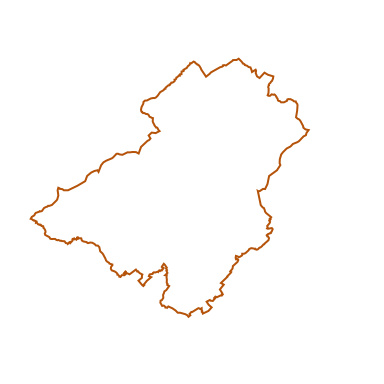 Cahir Lea-4, South Tipperary, Ireland (Equal Earth projection), rotated 138°
{"feature_id": "5873133B92286849050160", "entity_name": "Cahir Lea-4", "entity_type": "district", "adm_level": 2, "iso_a3": "IRL", "parent_name": "Ireland", "parent_adm1": "South Tipperary", "projection": "equal_earth", "projection_center": [-7.943, 52.328], "detail": "fine", "context": "isolated", "style": "outline", "palette": "amber", "viewbox_px": 384, "rotation_deg": 138, "n_neighbors": 0, "source": "geoboundaries", "source_scale": "gbopen_adm2", "svg_char_len": 6047}
<svg xmlns="http://www.w3.org/2000/svg" viewBox="0 0 384 384"><g transform="rotate(138 192 192)"><path d="M63.9,160.0L65.8,162.6L66.2,165.3L65.3,166.6L63.9,172.2L63.8,174.2L64.5,175.9L64.7,177.9L59.4,182.1L55.4,186.0L54.9,187.0L54.7,189.2L54.3,189.8L55.6,191.2L55.7,192.6L56.8,195.3L57.9,196.0L58.1,196.5L59.3,197.0L60.4,196.2L63.6,197.1L65.8,199.0L65.9,200.9L66.7,201.8L66.8,202.7L65.9,204.2L65.9,205.7L65.5,206.3L65.3,208.6L65.6,209.5L66.3,209.7L67.5,211.3L69.7,211.3L70.7,212.2L71.1,213.2L68.9,214.4L65.8,217.6L65.2,219.0L63.7,219.9L63.4,219.8L63.1,220.4L61.9,220.8L61.0,220.6L59.3,221.1L58.3,221.0L55.9,222.1L54.2,223.5L57.1,228.3L58.3,232.2L65.5,231.5L66.3,234.3L66.0,235.3L65.1,237.7L63.2,239.3L62.9,240.3L67.1,241.0L66.0,243.2L65.2,245.5L66.3,247.0L66.6,249.0L67.8,251.0L67.5,251.5L67.8,253.0L68.2,253.3L67.9,255.5L68.1,259.8L70.6,260.3L73.2,262.6L74.1,262.4L82.1,263.3L83.1,264.7L84.3,265.4L84.8,264.8L85.8,265.0L87.6,265.9L97.8,268.2L99.9,268.0L104.4,268.3L103.2,276.7L102.5,278.7L102.1,281.2L102.4,282.7L102.8,283.0L102.7,284.3L103.2,285.1L103.0,286.8L103.6,287.9L106.4,288.1L106.9,288.3L107.1,288.9L108.8,288.1L110.9,288.3L112.8,287.7L116.6,288.5L117.0,287.6L117.4,287.5L119.1,288.5L121.0,286.6L122.4,287.6L122.8,287.5L123.2,286.6L124.2,287.3L125.9,287.2L127.1,287.5L127.8,286.8L128.7,286.6L129.8,287.2L130.3,286.3L130.9,286.0L133.3,286.3L134.1,287.1L135.7,286.7L137.2,287.1L136.5,286.5L136.9,286.4L137.6,286.5L138.2,287.1L141.7,287.2L142.2,287.1L142.6,286.5L143.6,287.0L145.0,286.7L148.8,287.5L153.2,286.5L155.7,286.4L157.1,286.9L157.9,287.8L160.1,289.1L164.3,290.2L165.8,291.4L167.8,291.4L169.1,290.2L172.8,288.8L174.9,287.2L175.7,285.8L175.8,284.9L175.4,284.7L175.6,283.4L174.6,282.6L174.0,280.8L172.9,279.6L172.7,278.4L173.2,276.2L172.5,275.0L172.4,274.2L171.6,273.1L174.0,270.7L174.8,268.5L174.8,267.6L175.3,266.7L175.5,264.1L175.3,264.1L174.8,263.0L175.5,260.0L175.4,259.0L179.6,260.1L182.2,263.1L186.4,263.0L187.1,259.5L189.1,259.3L190.9,259.8L199.7,259.6L205.9,256.3L206.9,259.1L209.4,261.5L212.0,263.3L213.3,264.6L218.8,266.2L220.6,268.3L221.4,270.0L222.6,270.9L227.3,270.5L228.9,270.6L234.9,272.7L238.0,273.3L241.6,272.7L248.0,269.5L247.7,271.4L250.4,272.9L253.9,273.9L259.2,274.1L264.1,271.5L272.9,273.3L282.9,276.2L286.1,279.1L286.4,280.8L288.1,282.8L287.9,283.3L288.5,284.6L290.7,283.2L293.6,278.9L297.0,276.7L298.1,276.4L304.8,276.1L307.6,277.3L308.1,278.0L309.3,277.9L310.3,278.5L312.7,279.1L316.2,278.3L317.6,278.9L318.1,279.7L318.8,279.6L322.0,281.0L323.1,280.9L324.8,280.2L327.8,280.7L329.8,280.0L329.2,279.0L329.0,277.5L328.4,276.9L328.6,276.4L327.5,275.1L327.6,274.6L328.5,273.7L327.6,273.5L327.9,273.1L328.0,271.1L327.3,270.2L327.4,269.7L326.4,269.1L326.3,268.3L326.6,268.2L326.5,267.3L325.5,266.1L326.4,264.7L326.2,264.3L326.6,262.0L327.2,260.8L327.7,260.2L329.2,259.6L329.8,258.2L328.2,254.0L328.6,252.2L328.0,251.2L325.2,248.8L324.8,247.0L324.3,246.2L323.3,245.7L322.6,243.9L321.9,243.5L321.5,242.6L319.7,240.7L319.9,238.5L319.0,237.3L319.1,236.5L316.9,236.7L316.8,236.1L316.1,236.4L315.2,236.0L315.6,235.6L313.3,235.8L312.8,236.1L312.7,236.7L312.1,237.0L310.6,236.3L310.9,235.4L309.9,234.8L309.8,234.0L309.0,234.2L308.0,235.1L307.3,234.9L307.0,234.4L307.6,233.4L307.0,233.3L305.3,231.7L306.3,229.7L305.9,228.1L303.8,225.2L303.9,224.4L303.5,223.6L301.4,222.5L300.1,221.1L299.2,218.5L299.2,216.6L297.8,215.1L297.8,213.0L299.9,209.3L299.6,206.4L299.8,205.0L300.9,200.5L301.7,198.6L301.6,196.8L301.0,194.9L301.3,194.1L299.7,191.4L300.2,190.8L301.9,190.6L302.8,190.1L303.7,189.2L304.1,187.5L302.6,184.7L302.2,183.1L302.1,181.3L302.6,180.7L302.4,180.6L302.3,177.8L302.6,177.6L302.0,176.7L299.9,177.2L297.9,175.4L296.5,175.3L296.4,175.7L297.1,175.8L296.7,176.8L296.9,177.2L294.6,177.5L294.5,176.9L295.2,176.4L293.5,172.6L285.6,171.9L285.9,169.5L285.2,169.3L285.2,166.8L284.1,163.9L285.1,163.4L286.7,161.7L291.1,161.9L291.3,156.2L291.1,154.7L289.6,154.8L289.5,155.5L284.9,156.2L279.3,156.0L280.4,158.3L278.6,159.1L276.1,157.5L275.1,158.0L274.7,157.7L274.0,157.8L273.1,156.7L270.6,155.7L270.6,155.2L268.8,155.6L268.6,154.6L266.4,154.5L266.5,154.0L264.0,154.5L264.6,156.5L264.3,156.7L261.0,157.5L260.9,156.1L261.4,152.6L262.4,152.6L262.8,150.7L263.7,150.7L264.4,148.3L267.5,148.1L266.5,147.0L267.9,145.8L269.3,143.7L271.5,141.5L271.7,140.0L272.6,139.6L271.9,137.4L276.7,136.3L279.1,136.6L280.4,135.7L282.3,134.9L284.2,132.5L286.8,131.8L288.0,132.3L289.6,130.9L290.4,127.3L289.3,126.8L288.9,126.2L288.7,124.7L289.1,123.9L288.1,123.2L288.0,122.6L286.2,122.8L284.4,118.7L283.5,115.0L283.4,111.9L281.6,110.2L278.8,105.8L278.0,103.7L278.1,101.6L275.7,101.5L275.5,103.0L272.7,103.3L272.2,102.7L265.0,101.4L264.5,100.7L264.2,99.5L262.6,99.2L264.7,96.6L264.2,96.4L265.3,94.4L259.4,92.6L254.6,93.1L255.1,97.2L254.5,100.7L251.0,99.8L251.0,98.9L249.4,97.1L246.2,97.5L246.4,98.4L244.6,98.6L243.8,97.1L239.7,95.9L239.2,95.1L237.7,95.3L237.8,96.3L237.2,96.5L236.5,100.9L230.4,101.9L231.4,105.0L222.4,105.3L222.3,105.7L217.3,106.0L216.6,106.2L216.9,106.7L216.8,107.4L213.2,107.9L211.1,109.6L205.1,109.6L203.2,110.4L202.9,110.9L203.3,112.2L204.3,112.4L204.2,112.9L203.6,113.9L202.1,115.1L201.1,113.4L200.9,112.3L199.8,111.8L197.4,111.4L196.9,111.5L196.0,112.5L194.6,111.3L193.2,110.8L188.9,110.8L187.7,111.3L185.5,110.6L183.6,108.2L183.4,107.3L182.9,107.3L182.9,106.7L182.5,105.8L181.2,105.3L179.2,105.5L178.2,105.0L176.5,104.9L173.9,105.2L173.3,104.8L172.6,105.1L167.5,105.0L165.6,106.2L165.2,108.5L165.7,108.7L165.4,109.9L163.7,109.9L161.1,108.8L161.0,109.2L159.4,109.2L156.9,110.4L156.7,111.4L157.1,112.0L160.1,113.8L160.6,114.7L159.4,115.1L158.9,116.4L155.3,116.9L154.0,117.5L153.8,118.9L152.9,118.8L151.7,119.2L151.8,119.9L153.4,119.9L150.0,120.3L151.0,126.8L150.8,128.6L149.9,130.2L149.3,132.1L149.8,133.1L149.7,136.2L142.4,148.7L142.2,148.0L140.8,147.3L137.2,146.8L135.7,145.3L130.6,147.4L124.0,152.3L114.3,151.3L108.3,152.9L107.6,154.8L104.8,157.6L100.6,160.2L97.8,160.7L92.6,161.0L88.3,159.9L84.9,160.2L80.3,158.5L78.4,158.2L71.9,158.7L69.3,158.0L67.4,159.3L63.9,160.0Z" fill="none" stroke="#b45309" stroke-width="2"/></g></svg>